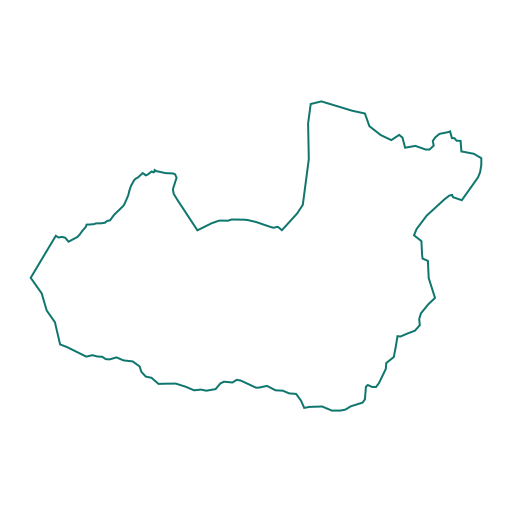 the district of Enugu South, Enugu, Nigeria
{"feature_id": "59680162B14374608149112", "entity_name": "Enugu South", "entity_type": "district", "adm_level": 2, "iso_a3": "NGA", "parent_name": "Nigeria", "parent_adm1": "Enugu", "projection": "orthographic", "projection_center": [7.525, 6.407], "detail": "fine", "context": "isolated", "style": "outline", "palette": "teal", "viewbox_px": 512, "rotation_deg": 0, "n_neighbors": 0, "source": "geoboundaries", "source_scale": "gbopen_adm2", "svg_char_len": 2301}
<svg xmlns="http://www.w3.org/2000/svg" viewBox="0 0 512 512"><path d="M435.0,297.9L428.7,278.1L427.9,260.9L422.5,258.5L422.1,254.8L421.4,241.1L414.0,235.3L416.6,229.0L426.7,215.6L444.5,199.3L449.3,195.6L452.1,194.9L453.0,197.2L461.8,200.2L478.0,177.4L480.1,172.2L481.3,164.9L481.3,158.2L473.9,153.8L464.0,151.9L461.4,151.5L460.6,140.9L456.6,140.7L454.3,138.1L451.9,138.1L450.6,133.3L450.1,131.4L448.2,132.1L439.5,133.9L435.2,137.4L432.8,141.0L433.7,145.6L429.6,149.5L425.6,149.5L415.4,145.9L405.1,147.7L402.5,137.7L399.2,134.9L391.3,140.1L380.8,135.1L369.4,126.2L364.9,113.5L352.0,110.7L321.4,101.4L310.7,104.0L308.1,123.4L308.8,159.2L302.8,204.8L297.2,213.4L281.9,230.2L278.2,227.1L277.1,226.8L274.6,227.6L272.7,227.6L268.3,226.2L256.1,222.0L247.5,220.0L244.1,219.7L238.0,219.6L231.7,219.5L228.0,220.7L221.4,220.6L218.9,220.7L211.8,223.2L197.4,230.3L176.9,199.1L173.7,193.8L172.9,189.3L175.5,181.0L176.6,177.8L175.1,174.4L173.3,173.5L165.6,173.1L156.2,171.1L154.7,170.1L154.2,172.0L153.4,172.3L151.6,171.5L147.6,174.6L145.8,175.4L145.0,174.8L144.0,173.8L142.5,173.1L141.9,174.0L140.3,175.2L139.1,176.5L138.3,177.2L135.5,178.8L134.0,180.4L130.9,186.1L129.3,190.9L128.3,195.1L126.5,199.4L124.7,203.5L123.3,205.9L114.2,214.7L111.0,219.0L110.1,220.3L107.3,220.9L105.4,222.2L105.0,222.7L101.3,223.3L95.9,223.4L94.1,224.1L90.2,224.5L86.6,224.6L85.8,226.9L82.4,230.8L79.8,234.4L77.4,237.0L68.5,241.7L65.3,237.8L62.1,236.9L58.5,237.5L55.8,235.8L30.7,277.8L41.7,293.4L46.7,310.5L54.9,322.2L60.1,344.4L67.0,347.1L86.2,356.6L92.4,355.2L97.4,356.5L102.3,356.8L105.7,359.1L109.5,359.4L116.5,357.4L123.5,360.4L132.6,361.4L139.6,366.4L141.4,371.9L145.8,376.6L151.5,377.8L158.5,383.9L165.5,383.7L175.8,383.6L185.6,386.7L194.1,390.3L200.9,389.6L206.4,390.7L215.6,389.1L220.4,383.4L224.0,381.7L232.4,382.5L236.8,379.8L240.8,380.6L256.1,387.7L259.1,387.6L267.0,385.9L275.5,390.3L282.9,390.7L289.1,393.4L296.1,393.9L301.0,400.6L304.2,407.9L309.5,406.9L322.1,406.5L331.9,410.6L340.3,410.6L345.4,409.6L350.8,406.3L362.6,402.6L364.9,399.4L365.6,390.9L365.9,386.8L367.8,385.0L372.0,386.9L376.0,387.0L378.9,383.2L385.8,368.9L386.3,363.0L393.8,357.0L395.6,347.6L397.5,336.2L400.5,336.5L407.5,333.5L414.9,330.7L419.8,325.2L419.2,319.1L420.9,313.4L428.2,304.4L435.0,297.9Z" fill="none" stroke="#0f766e" stroke-width="2"/></svg>